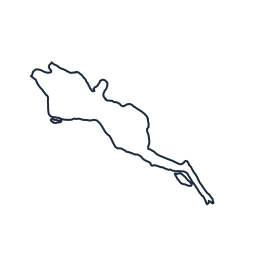 Atfeh, Bani Suwayf, Egypt, rotated 297°
{"feature_id": "37247803B7335021436895", "entity_name": "Atfeh", "entity_type": "district", "adm_level": 2, "iso_a3": "EGY", "parent_name": "Egypt", "parent_adm1": "Bani Suwayf", "projection": "mercator", "projection_center": [31.247, 29.343], "detail": "fine", "context": "isolated", "style": "outline", "palette": "slate", "viewbox_px": 256, "rotation_deg": 297, "n_neighbors": 0, "source": "geoboundaries", "source_scale": "gbopen_adm2", "svg_char_len": 5326}
<svg xmlns="http://www.w3.org/2000/svg" viewBox="0 0 256 256"><g transform="rotate(297 128 128)"><path d="M151.7,30.3L151.4,30.2L150.9,30.1L150.4,30.0L150.0,29.9L149.3,29.7L149.1,29.6L148.6,29.4L148.0,29.4L146.6,29.6L146.3,29.9L146.0,30.3L145.3,31.0L145.1,31.5L144.8,32.1L144.6,32.4L144.3,33.5L144.0,33.7L142.9,34.0L142.2,33.7L141.9,33.0L141.0,31.8L140.9,31.4L140.5,30.8L140.5,30.2L140.4,29.8L140.1,28.4L140.0,27.9L140.1,27.4L140.1,25.2L139.9,23.7L139.6,22.2L139.4,21.3L138.9,20.2L138.1,19.3L138.0,19.1L137.6,18.8L136.4,18.4L135.2,18.0L134.8,17.9L133.8,18.1L132.6,18.3L131.8,18.5L131.6,18.5L130.7,18.2L130.3,18.1L130.3,18.3L129.8,20.0L129.5,21.4L129.1,23.9L127.7,25.5L126.3,27.4L124.2,31.3L123.6,33.1L123.2,34.3L122.2,35.8L121.3,38.1L120.5,39.3L120.3,40.9L119.5,42.3L118.3,43.2L114.8,44.8L112.7,46.1L109.2,47.9L106.7,49.5L105.1,50.5L104.1,51.8L103.3,53.8L103.3,54.0L103.3,55.0L103.6,55.7L104.2,57.7L104.7,58.9L105.1,60.6L105.7,61.9L105.7,64.1L106.0,65.6L106.1,66.2L106.9,68.3L107.9,70.6L108.1,71.0L108.6,72.0L109.2,73.1L109.9,74.0L111.0,74.9L111.7,75.6L112.4,77.0L112.6,78.0L113.5,79.1L114.2,80.5L114.7,83.4L115.3,85.4L115.4,85.7L116.1,86.7L116.7,88.5L117.3,90.5L118.4,92.2L119.0,92.8L119.8,93.9L120.4,96.0L120.6,96.9L120.5,97.3L120.1,98.5L119.9,99.1L119.5,100.6L118.8,102.0L118.1,103.4L116.6,105.7L115.3,107.7L114.5,109.1L113.6,110.7L112.8,113.5L112.4,115.5L111.0,117.6L109.5,119.6L108.5,120.9L107.5,122.1L106.7,123.5L105.6,124.9L105.2,126.7L105.2,128.2L106.0,129.5L106.2,130.2L106.6,131.2L106.6,133.0L106.6,134.0L106.6,135.5L106.2,137.0L106.4,138.2L106.8,139.4L107.1,141.5L107.4,143.9L107.5,146.3L108.2,147.4L108.6,148.4L108.6,150.1L108.6,151.9L108.6,152.2L107.7,154.3L107.1,156.4L107.0,157.2L107.0,158.7L107.0,160.1L107.1,161.8L107.1,163.2L106.8,164.1L105.7,164.9L105.3,166.6L106.2,167.5L106.8,168.4L107.3,170.1L107.6,171.7L107.9,174.2L108.1,175.3L108.7,176.7L108.7,178.0L108.7,179.7L108.9,181.2L109.2,183.1L110.1,184.5L110.4,187.3L110.9,189.9L111.9,191.6L112.8,193.0L113.6,195.3L114.4,196.7L114.7,198.3L114.8,199.6L114.6,201.0L113.8,202.7L112.7,203.9L112.2,205.1L111.3,206.6L110.2,208.2L108.8,210.4L108.3,212.0L106.1,215.8L104.4,218.9L103.3,220.5L103.1,220.8L103.0,221.1L102.9,221.2L102.8,221.4L102.8,221.6L102.7,221.8L102.6,222.0L102.5,222.3L101.9,223.6L101.7,223.9L101.3,225.0L101.4,225.8L100.5,227.0L99.7,228.3L98.7,229.6L98.0,230.5L97.8,230.7L96.4,232.2L96.0,233.0L97.6,233.9L99.3,233.3L99.6,233.2L99.8,235.0L99.3,236.8L99.3,237.4L99.3,237.7L100.2,238.1L101.8,236.6L103.2,235.5L104.5,232.7L105.6,230.4L106.0,228.3L106.2,227.7L106.6,226.9L107.4,225.2L109.1,222.2L110.8,219.0L112.2,216.2L113.3,215.1L113.9,213.8L115.4,212.3L117.5,208.9L118.9,206.0L119.7,205.0L120.3,203.9L121.3,202.7L122.3,200.9L122.8,199.0L123.5,198.5L124.4,197.4L125.2,196.0L124.8,194.2L123.8,193.7L122.0,193.3L120.3,192.3L119.4,191.1L119.2,190.0L119.0,186.6L119.0,182.7L118.3,176.3L117.9,171.1L117.7,169.2L117.7,165.7L118.7,162.2L119.0,157.5L118.6,156.3L118.7,155.5L120.2,154.7L120.8,154.3L121.2,154.3L122.9,154.1L123.2,154.1L124.2,153.7L125.5,153.2L126.8,152.4L127.8,151.7L129.1,150.8L130.4,150.0L131.3,149.3L132.3,148.2L132.9,147.4L134.2,146.3L135.5,145.5L135.8,145.4L137.2,145.7L138.2,145.9L138.9,145.5L139.5,145.1L140.9,144.7L141.8,143.9L142.8,143.1L144.4,141.9L145.4,141.5L145.6,140.8L146.3,140.4L146.6,139.7L147.2,138.9L147.4,137.9L148.0,136.8L148.3,135.4L148.5,134.3L148.8,133.3L149.0,132.2L148.9,131.2L149.2,130.1L149.1,129.1L149.3,128.1L149.3,127.4L149.5,126.0L149.8,125.3L149.7,123.9L149.9,122.8L150.2,121.8L150.4,120.7L150.3,119.3L150.2,118.7L149.4,117.4L148.7,116.4L147.2,115.5L146.8,115.2L145.8,114.6L145.4,113.9L145.0,113.6L144.9,112.9L144.9,112.2L145.1,111.2L145.7,109.7L145.8,107.7L145.8,107.0L145.7,105.9L145.3,105.3L145.3,104.9L144.9,104.3L144.8,102.9L145.0,102.2L145.0,101.5L144.5,100.5L144.1,99.2L143.7,98.5L143.2,97.2L143.2,96.5L143.1,95.5L143.4,94.8L143.9,94.8L144.3,93.3L144.8,92.2L145.2,92.0L145.5,91.8L146.1,91.1L147.1,90.6L148.1,90.5L149.1,90.5L150.5,90.3L151.9,90.6L153.3,90.8L154.6,90.7L156.7,90.2L158.0,89.7L158.9,88.9L159.5,87.8L159.8,86.8L160.0,85.7L159.9,84.7L159.5,83.4L158.7,82.7L157.3,81.8L155.6,82.0L153.9,81.8L152.1,81.6L151.1,81.3L149.6,80.4L148.9,79.8L147.5,79.6L147.5,79.9L145.6,81.1L144.8,80.1L144.7,79.1L145.3,78.0L145.9,76.9L146.2,76.2L147.1,75.1L147.7,74.4L148.6,72.9L149.6,71.8L150.1,70.4L151.1,69.2L152.3,67.4L152.8,65.6L153.4,64.5L154.0,63.1L154.5,61.3L154.7,59.6L155.0,58.9L154.9,57.9L154.8,57.5L154.4,56.2L153.7,56.2L153.3,55.2L152.5,54.3L152.1,53.3L151.3,52.3L150.9,51.0L151.0,49.2L150.9,47.8L151.1,46.4L151.1,45.4L151.0,44.4L150.9,43.7L150.9,43.4L150.7,41.6L150.7,41.0L150.6,39.9L150.8,38.9L151.1,37.5L151.3,36.4L151.2,34.7L151.1,33.7L151.3,32.6L151.5,30.9L151.7,30.3ZM105.0,210.0L105.3,210.5L106.8,210.4L107.3,209.5L107.8,208.4L109.0,204.0L110.3,201.2L111.3,197.1L111.2,194.6L109.5,192.7L108.5,190.6L108.4,190.7L107.4,191.7L106.5,193.2L105.0,195.4L104.2,197.5L103.2,199.4L103.0,200.6L102.9,201.7L103.2,203.0L103.7,204.5L103.8,205.5L103.8,206.5L104.1,208.2L104.2,209.0L105.0,210.0ZM102.4,65.0L103.5,65.5L104.1,65.2L103.9,64.2L103.5,64.0L103.0,63.1L102.9,61.5L102.6,60.9L102.5,60.0L102.0,59.2L101.9,57.5L101.6,56.4L100.5,55.5L99.9,55.7L99.6,56.3L99.2,56.8L99.4,57.9L98.9,59.1L99.5,60.8L100.2,62.1L100.6,62.4L101.8,63.8L102.4,64.6L102.4,65.0Z" fill="none" stroke="#1e293b" stroke-width="2"/></g></svg>